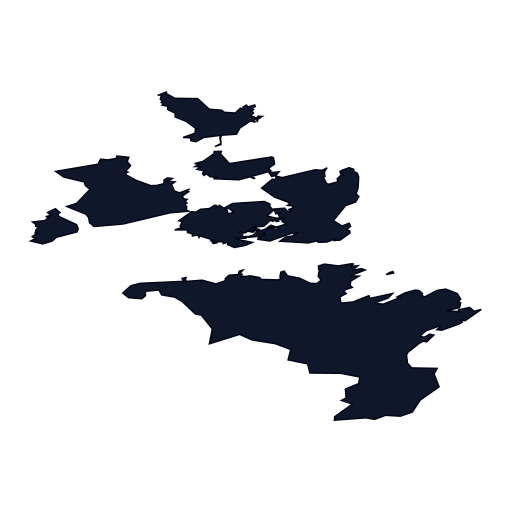 the district of Herøy nor, Møre og Romsdal, Norway
{"feature_id": "86288312B50103571231900", "entity_name": "Herøy nor", "entity_type": "district", "adm_level": 2, "iso_a3": "NOR", "parent_name": "Norway", "parent_adm1": "Møre og Romsdal", "projection": "robinson", "projection_center": [5.668, 62.312], "detail": "fine", "context": "isolated", "style": "filled", "palette": "ink", "viewbox_px": 512, "rotation_deg": 0, "n_neighbors": 0, "source": "geoboundaries", "source_scale": "gbopen_adm2", "svg_char_len": 6092}
<svg xmlns="http://www.w3.org/2000/svg" viewBox="0 0 512 512"><path d="M400.4,416.2L412.3,412.0L420.3,400.0L439.1,386.8L434.1,374.0L437.1,368.4L411.7,367.9L407.4,363.1L406.6,354.9L407.8,352.4L418.8,343.6L425.6,339.7L423.9,341.4L426.8,341.8L433.8,335.1L429.6,334.2L424.1,337.4L420.1,335.9L425.9,330.8L439.1,326.2L439.9,327.2L436.9,329.7L441.7,330.2L459.0,324.0L462.2,322.3L460.5,320.2L465.1,320.7L481.3,309.4L474.2,311.3L469.7,307.5L458.5,309.8L459.1,311.6L446.0,310.6L459.5,307.7L460.7,302.8L458.1,301.6L460.7,299.2L457.3,293.6L445.8,289.1L437.1,290.4L424.7,296.9L421.9,295.5L422.4,293.4L419.0,290.6L415.2,290.1L404.9,293.0L397.2,296.9L400.0,297.6L383.2,304.2L374.3,303.0L388.1,298.1L392.5,293.5L370.0,298.4L368.9,295.7L352.8,302.0L340.8,303.1L340.0,296.8L346.2,293.6L344.1,291.3L345.3,289.6L352.3,287.4L350.1,285.5L350.8,281.0L359.0,276.1L349.8,275.9L365.2,270.0L361.4,268.6L352.0,270.5L357.9,265.7L350.9,266.4L353.3,264.1L352.0,263.7L338.3,265.9L324.4,264.1L318.5,266.0L318.7,269.8L321.0,270.3L318.9,271.9L318.2,276.3L321.2,280.1L317.0,283.5L310.7,283.4L299.3,278.1L287.5,275.8L284.1,271.1L280.8,272.2L279.9,276.9L281.6,278.0L278.1,279.9L260.9,279.4L259.8,277.6L250.1,275.8L241.1,277.2L242.7,276.3L240.4,276.2L242.1,274.4L240.2,273.1L242.9,270.1L239.2,271.2L238.5,274.5L229.1,275.2L225.2,278.6L225.5,280.7L215.9,283.9L202.1,280.2L186.2,281.4L185.3,278.4L186.8,277.4L182.1,278.4L183.9,281.3L140.4,283.3L131.2,285.6L122.7,293.0L128.6,297.7L141.9,298.7L145.5,295.6L145.3,291.3L158.9,290.0L161.7,294.9L174.6,297.1L182.2,301.5L195.4,314.0L201.3,315.1L212.3,328.9L209.4,343.8L239.6,334.4L252.3,340.0L275.0,343.6L290.8,349.5L288.1,359.9L307.7,363.9L309.9,373.0L340.6,373.3L359.8,377.0L358.7,383.6L345.4,389.0L346.1,397.9L341.4,400.5L352.5,404.0L334.7,416.7L334.4,420.2L366.1,417.8L374.6,419.4L385.5,415.3L400.4,416.2ZM275.4,175.9L279.0,171.8L269.1,172.8L271.7,176.5L274.7,175.6L276.3,177.4L275.5,179.6L272.4,179.1L261.6,188.1L274.4,197.0L288.6,202.4L289.4,203.9L287.4,205.4L293.1,205.9L292.7,208.0L288.3,209.7L292.1,209.8L288.0,211.9L284.7,208.2L274.1,209.0L275.8,213.8L280.0,213.1L278.6,214.6L279.6,217.1L285.7,217.9L276.1,218.1L273.9,220.9L275.8,219.5L276.0,221.5L278.8,221.1L277.9,218.9L282.4,219.9L282.2,221.6L286.5,224.0L276.3,227.1L271.0,225.2L268.0,227.2L276.9,227.3L278.4,229.6L268.9,228.0L261.2,230.5L258.4,229.6L253.4,235.1L248.7,236.6L252.0,236.6L249.9,237.1L248.5,237.2L247.6,237.4L256.5,236.5L264.6,232.7L264.6,234.3L260.5,235.2L265.1,235.7L258.4,236.9L257.9,239.3L269.8,241.0L290.9,233.5L299.5,232.2L293.1,234.1L295.3,234.4L292.6,236.0L285.8,237.0L279.9,241.2L308.3,242.9L317.4,240.9L318.2,242.3L327.0,242.0L335.1,238.8L334.1,240.5L340.1,240.1L350.0,233.0L349.8,231.0L346.4,229.7L350.6,226.3L349.2,223.2L342.0,226.0L333.4,220.6L345.6,205.6L355.6,202.0L358.9,196.5L356.0,193.9L358.0,188.4L358.7,176.9L357.0,172.9L354.1,171.9L353.7,169.3L349.2,167.7L342.0,170.2L339.9,171.6L340.8,173.9L344.0,175.0L341.1,175.0L337.1,179.0L338.0,180.8L336.6,182.1L329.2,184.2L326.6,183.7L323.5,177.5L324.9,176.5L324.4,171.6L327.2,167.8L322.2,170.3L315.1,169.8L282.1,177.6L275.4,175.9ZM128.8,157.3L116.8,156.0L116.3,158.4L107.8,159.9L100.6,159.2L98.0,164.2L55.7,171.4L63.6,177.0L84.3,181.9L85.3,185.5L90.1,189.3L76.7,203.3L66.8,206.5L86.0,214.2L88.6,217.6L89.6,222.7L94.0,226.5L123.0,224.0L170.1,212.8L188.6,211.2L186.4,210.1L186.6,206.1L184.0,204.8L187.0,203.1L185.0,201.1L187.1,199.4L183.5,198.7L182.4,196.0L188.7,191.7L186.2,190.6L189.8,189.0L179.7,192.8L174.6,191.2L171.5,184.4L174.9,181.8L168.0,181.3L172.3,178.5L167.6,177.9L164.2,179.8L163.7,183.7L156.5,185.5L150.7,185.6L136.1,180.3L126.5,175.1L125.7,173.0L127.7,172.2L125.4,171.6L130.6,165.6L127.2,161.7L128.8,157.3ZM264.3,201.5L232.5,203.5L224.5,207.9L229.7,208.9L233.7,212.4L228.2,213.8L226.9,210.1L219.3,205.3L216.2,207.4L216.2,205.4L214.5,205.3L209.7,208.5L200.5,209.3L195.9,212.2L191.6,211.7L178.9,220.8L182.4,221.4L180.1,225.9L182.0,227.5L174.7,229.9L187.4,229.9L187.5,232.5L192.3,233.8L192.4,236.0L198.1,235.1L199.0,237.4L199.9,235.8L212.2,239.7L211.4,240.5L215.2,240.0L211.2,240.7L213.6,243.5L217.7,242.6L214.0,242.8L215.5,241.8L223.1,241.7L223.1,243.5L227.7,242.3L227.7,244.6L234.5,247.5L245.3,245.4L252.4,242.4L238.3,239.6L236.7,238.4L246.0,238.2L247.4,236.5L242.4,236.7L242.6,233.5L237.8,232.0L245.2,232.9L251.1,228.8L252.0,229.3L248.5,231.4L253.2,232.2L254.4,230.9L253.6,230.8L253.2,230.1L251.6,230.1L252.6,229.5L256.0,230.7L257.7,229.3L253.0,229.3L255.8,228.3L253.6,227.3L263.8,226.2L270.5,220.3L272.8,221.4L275.3,218.0L266.9,216.0L273.4,210.3L269.8,206.6L269.8,203.9L264.3,201.5ZM165.5,93.2L167.0,91.8L157.7,95.4L161.5,94.6L160.3,99.2L162.4,101.3L161.2,102.5L163.6,103.7L162.1,105.2L167.8,106.3L167.7,109.5L175.0,113.1L175.2,117.0L185.8,121.2L196.9,129.2L195.4,129.5L195.0,133.2L183.1,137.4L190.8,137.9L190.8,140.6L195.9,141.7L203.7,137.5L220.9,135.3L219.9,137.6L220.8,143.6L215.0,146.5L221.0,144.5L220.5,137.5L221.8,135.2L236.5,134.2L239.8,128.1L249.1,121.8L251.9,121.0L253.7,122.0L255.8,121.6L252.6,120.9L256.6,118.4L257.2,122.1L258.0,119.0L261.0,117.4L258.4,117.6L261.1,117.0L262.1,116.4L258.0,116.2L256.5,118.1L250.5,115.5L253.5,113.0L251.5,110.8L253.5,109.7L252.1,108.3L255.3,106.6L254.7,105.0L247.7,107.0L246.5,105.1L243.0,107.1L243.0,109.1L240.3,108.2L235.3,113.0L224.4,112.3L221.5,110.2L209.3,109.2L197.6,98.6L174.9,98.3L165.5,93.2ZM221.4,151.4L214.2,151.5L213.8,153.8L202.8,161.5L194.6,163.5L198.6,164.5L195.0,166.6L200.4,166.6L196.9,169.4L203.9,170.6L202.6,173.7L204.0,175.4L206.2,173.9L210.4,176.8L217.2,177.1L213.5,178.7L239.1,179.8L249.9,176.8L253.2,178.3L255.2,178.4L250.5,176.7L271.0,170.9L268.5,168.3L274.6,164.0L273.6,158.7L271.4,158.8L273.0,157.6L271.9,156.9L229.5,163.6L220.4,153.7L221.4,151.4ZM55.4,208.7L47.6,212.5L50.9,215.4L45.7,216.6L49.0,217.5L44.7,220.6L32.6,222.0L35.8,224.5L36.4,226.1L35.0,226.1L39.0,227.4L36.2,229.4L35.2,233.0L38.6,232.3L32.3,236.6L35.5,238.7L30.7,241.0L42.6,243.9L52.1,241.1L56.4,237.3L77.0,231.9L78.2,228.6L76.5,224.6L59.0,216.5L57.9,213.7L60.0,212.6L55.4,208.7ZM392.9,271.5L389.7,272.5L386.0,274.6L393.6,273.1L392.9,271.5Z" fill="#0f172a" stroke="#020617" stroke-width="1.5"/></svg>